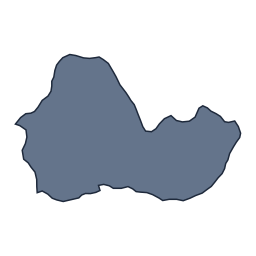 the district of Engenheiro Coelho, São Paulo, Brazil
{"feature_id": "56859067B14377814131316", "entity_name": "Engenheiro Coelho", "entity_type": "district", "adm_level": 2, "iso_a3": "BRA", "parent_name": "Brazil", "parent_adm1": "São Paulo", "projection": "robinson", "projection_center": [-47.172, -22.479], "detail": "fine", "context": "isolated", "style": "filled", "palette": "slate", "viewbox_px": 256, "rotation_deg": 0, "n_neighbors": 0, "source": "geoboundaries", "source_scale": "gbopen_adm2", "svg_char_len": 1418}
<svg xmlns="http://www.w3.org/2000/svg" viewBox="0 0 256 256"><path d="M15.4,124.1L19.8,125.6L26.0,129.9L26.9,137.1L25.4,143.6L22.2,150.3L23.7,159.2L28.2,162.8L31.0,167.1L35.0,172.1L36.7,179.4L36.8,186.6L37.2,192.7L42.2,191.0L47.8,194.1L52.2,198.2L56.7,199.9L63.2,201.5L70.1,199.9L74.0,199.0L78.8,197.9L81.7,195.0L85.4,193.5L90.4,193.6L95.8,192.4L100.0,190.5L98.5,185.4L103.7,184.4L109.3,185.8L113.3,188.3L121.3,188.3L128.0,186.6L132.6,188.8L136.1,191.6L140.3,192.1L146.9,192.6L152.6,194.6L159.1,198.1L162.7,200.5L169.3,199.3L176.6,199.3L183.2,200.7L190.0,198.2L195.7,195.5L202.2,193.1L207.0,189.5L211.3,186.4L214.8,182.1L218.1,177.8L222.1,173.6L224.6,168.6L225.7,163.5L227.9,159.9L229.6,153.6L233.4,146.9L236.3,142.2L239.7,137.5L240.6,133.2L238.3,126.5L234.7,121.0L228.5,122.4L224.6,121.7L220.4,116.4L216.1,113.7L210.9,111.1L207.4,107.9L202.8,105.8L199.0,108.2L195.1,117.1L189.3,121.2L182.4,121.9L176.4,120.5L171.0,115.6L164.4,118.7L159.4,123.9L156.0,128.7L151.5,131.7L145.6,131.1L142.8,126.7L140.5,120.5L137.8,113.7L136.1,109.2L134.2,104.6L130.9,100.5L128.6,96.7L125.9,92.6L119.9,84.8L116.1,76.9L113.3,71.9L108.3,63.4L103.3,59.6L99.1,57.0L95.3,57.7L89.6,58.4L83.6,57.9L75.7,55.5L69.8,54.5L62.8,57.7L59.4,61.4L56.6,65.1L54.9,70.4L53.8,77.1L51.8,81.2L51.8,86.0L51.0,91.2L48.0,96.1L42.2,100.4L38.0,107.2L34.5,111.5L30.8,113.2L25.8,113.7L20.6,117.6L15.4,124.1Z" fill="#64748b" stroke="#1e293b" stroke-width="1.5"/></svg>